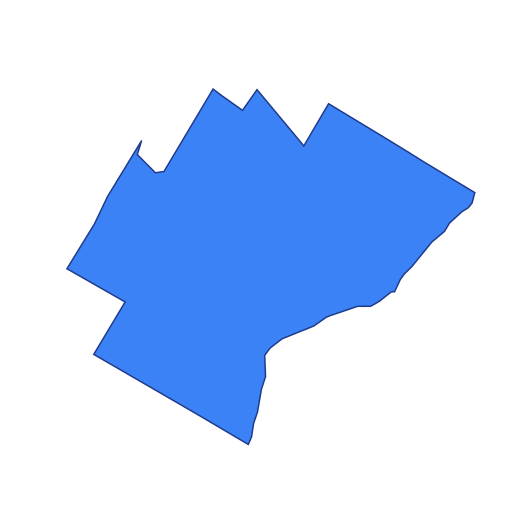 Monroe, New York, United States of America (Mercator projection), rotated 121°
{"feature_id": "52423323B52767364873789", "entity_name": "Monroe", "entity_type": "district", "adm_level": 2, "iso_a3": "USA", "parent_name": "United States of America", "parent_adm1": "New York", "projection": "mercator", "projection_center": [-77.731, 43.155], "detail": "fine", "context": "isolated", "style": "filled", "palette": "blue", "viewbox_px": 512, "rotation_deg": 121, "n_neighbors": 0, "source": "geoboundaries", "source_scale": "gbopen_adm2", "svg_char_len": 785}
<svg xmlns="http://www.w3.org/2000/svg" viewBox="0 0 512 512"><g transform="rotate(121 256 256)"><path d="M88.1,272.2L137.1,271.7L135.9,274.8L112.9,340.8L138.1,342.6L136.2,367.8L135.0,378.8L231.0,378.4L236.5,385.1L230.2,410.0L215.9,413.5L281.2,413.9L311.8,411.0L364.3,411.5L362.8,344.5L423.9,344.4L422.0,225.5L421.5,165.6L413.5,166.6L400.8,171.8L388.9,174.4L367.5,182.7L354.5,185.7L336.6,197.4L327.6,196.5L313.5,191.0L300.1,180.9L289.4,172.8L286.1,170.3L272.4,164.3L268.9,161.7L246.9,143.1L240.0,131.8L231.2,126.9L217.1,121.6L215.3,118.8L201.9,120.2L195.4,119.7L189.2,118.1L185.1,117.0L153.5,112.5L137.7,107.1L128.1,107.1L111.9,102.3L105.3,98.9L99.2,98.1L89.4,101.0L89.0,101.0L88.9,160.2L88.5,182.5L88.3,208.5L88.1,272.2Z" fill="#3b82f6" stroke="#1e3a8a" stroke-width="1.5"/></g></svg>